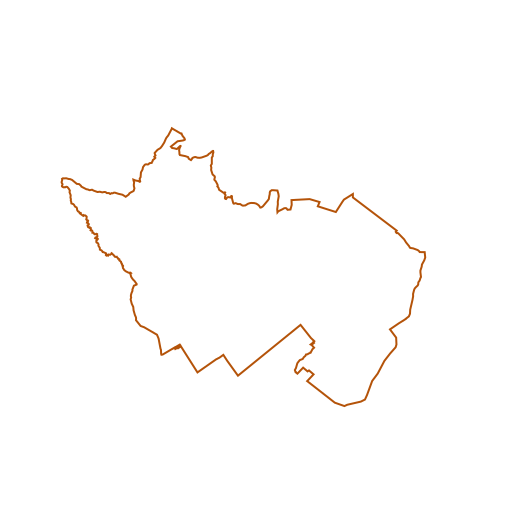 Boldesti-Scaeni, Prahova, Romania (Mercator projection), rotated 232°
{"feature_id": "2599482B90080505354120", "entity_name": "Boldesti-Scaeni", "entity_type": "district", "adm_level": 2, "iso_a3": "ROU", "parent_name": "Romania", "parent_adm1": "Prahova", "projection": "mercator", "projection_center": [26.073, 45.027], "detail": "fine", "context": "isolated", "style": "outline", "palette": "amber", "viewbox_px": 512, "rotation_deg": 232, "n_neighbors": 0, "source": "geoboundaries", "source_scale": "gbopen_adm2", "svg_char_len": 6142}
<svg xmlns="http://www.w3.org/2000/svg" viewBox="0 0 512 512"><g transform="rotate(232 256 256)"><path d="M391.5,271.6L392.7,272.1L396.1,272.1L398.4,272.7L398.6,272.2L408.4,268.3L408.1,267.9L405.0,261.0L404.4,258.4L403.8,257.0L401.9,253.5L400.5,249.6L399.9,247.1L400.3,243.8L399.6,239.6L399.2,239.3L397.1,238.7L396.9,237.0L396.4,236.9L395.3,237.0L395.1,235.8L395.1,233.8L394.2,232.5L393.9,231.4L393.6,231.1L394.7,229.2L394.5,227.8L394.7,227.1L395.8,226.0L396.3,225.1L396.3,224.2L395.6,221.7L394.0,219.8L392.7,216.8L389.2,213.6L388.6,212.1L388.4,211.8L386.0,210.6L386.0,210.1L387.6,209.4L389.6,207.6L391.7,206.4L391.0,206.0L389.1,205.3L387.2,203.4L385.9,202.6L384.2,201.9L382.7,199.8L382.7,198.9L383.2,196.4L383.3,194.7L382.8,193.6L382.9,189.8L386.5,188.5L389.7,185.9L392.8,183.8L393.4,183.0L393.6,181.9L393.8,181.4L394.5,180.8L394.6,179.4L395.0,179.1L396.1,178.9L397.4,177.2L398.4,177.0L399.3,176.5L399.9,175.8L400.8,174.0L402.8,172.5L404.0,170.5L407.5,168.3L409.2,167.6L409.9,166.1L410.4,165.3L411.9,164.5L413.1,163.4L418.2,161.1L419.1,161.3L421.5,160.9L423.2,159.2L429.2,157.9L431.1,156.8L432.0,155.8L434.1,154.3L435.2,152.7L436.1,151.7L436.2,150.6L435.3,150.2L433.9,148.3L433.4,148.0L431.9,147.8L431.4,147.5L430.8,146.3L430.4,146.0L429.6,146.1L428.6,146.6L428.3,147.3L427.7,147.7L427.4,149.1L426.5,149.8L424.2,149.9L422.2,149.6L421.0,148.3L418.0,147.4L416.2,145.7L414.8,145.2L413.8,144.2L412.6,143.8L411.1,142.9L409.3,144.0L408.3,144.1L406.4,143.8L404.7,144.5L403.7,144.2L402.4,143.4L400.8,143.2L400.0,143.7L398.1,143.4L398.0,143.6L398.2,144.1L397.9,144.4L396.7,143.8L393.9,144.6L393.9,145.0L394.2,145.1L394.3,145.4L393.7,145.6L393.0,146.5L391.3,146.8L390.1,145.8L389.4,144.8L388.6,144.8L387.6,145.4L387.1,145.4L386.9,145.1L386.7,143.6L386.4,143.3L385.8,144.0L385.1,143.7L384.0,143.9L383.6,143.3L383.8,142.1L382.4,141.5L381.8,141.6L381.2,142.6L380.5,142.2L379.7,143.0L378.2,141.9L378.1,141.5L377.7,141.6L377.5,142.3L376.8,142.5L375.9,142.2L375.1,141.4L374.2,142.2L372.9,142.1L372.4,142.3L372.1,142.7L371.8,143.9L371.1,144.3L370.8,144.0L369.2,143.2L369.0,142.0L369.4,140.9L369.1,140.2L368.5,140.4L367.3,141.9L366.8,141.9L366.6,141.4L366.3,139.5L365.1,138.7L364.6,138.7L364.2,139.1L363.6,139.3L362.1,139.1L361.2,138.2L360.3,138.0L358.8,138.0L357.1,136.9L355.6,137.7L354.3,137.8L353.5,137.6L353.1,138.1L350.4,139.5L350.1,139.4L349.6,138.7L349.0,138.7L348.9,138.3L348.4,138.4L348.4,138.6L348.6,138.8L348.6,139.3L347.4,139.6L347.9,140.8L346.8,141.8L346.7,143.2L347.1,143.9L346.3,144.2L345.4,144.1L344.3,144.4L342.4,144.3L342.0,144.8L341.5,145.0L341.1,145.8L340.6,145.6L339.4,145.9L338.8,145.6L338.3,146.0L337.5,146.3L337.1,146.1L336.8,145.6L336.6,145.6L334.6,146.1L333.6,145.5L332.7,145.7L331.9,145.1L331.4,145.2L330.7,144.8L330.2,145.2L329.9,145.1L329.6,144.4L328.3,143.7L327.1,143.7L326.5,143.5L324.3,143.9L321.5,145.2L321.1,145.5L320.2,146.8L319.6,146.9L319.9,145.9L319.1,146.0L316.7,144.9L315.8,144.7L313.1,144.6L311.1,144.9L307.3,144.7L307.0,144.3L307.8,141.5L305.6,137.9L304.6,137.2L303.4,135.0L302.2,133.4L301.3,132.6L300.2,132.1L299.0,130.5L294.9,128.7L291.4,127.9L288.6,126.1L284.2,124.3L281.5,123.6L280.4,122.9L279.3,121.9L271.9,122.0L268.7,124.0L254.9,129.5L250.9,128.4L241.8,123.7L240.5,123.3L237.3,121.0L236.4,120.7L235.8,121.8L234.1,134.8L234.0,134.7L233.1,141.4L232.7,141.4L233.4,135.3L232.4,135.1L232.0,137.8L231.3,137.8L231.0,141.2L200.3,138.2L199.1,161.2L198.8,162.3L198.7,163.3L198.4,164.5L198.2,169.4L191.2,168.8L172.8,168.1L174.3,248.7L157.5,248.8L153.0,249.5L152.9,248.2L151.8,248.2L151.8,247.0L152.6,247.0L152.6,244.6L151.4,245.1L148.0,245.3L147.8,243.1L146.4,240.0L146.5,239.6L146.2,239.4L146.8,237.2L146.8,236.1L147.6,234.8L146.9,233.4L146.8,231.3L146.1,229.4L147.0,226.4L146.2,223.0L145.8,222.2L143.1,218.5L142.2,216.4L141.2,216.0L140.0,216.0L139.9,215.7L137.8,216.2L139.0,224.4L133.3,225.6L133.2,227.3L127.3,228.5L125.9,219.3L91.9,227.8L83.3,233.3L82.6,236.3L76.7,249.0L75.8,253.5L78.1,257.9L86.0,270.6L88.4,279.5L94.3,292.6L96.6,301.7L98.1,309.8L99.8,312.2L105.4,316.2L115.7,316.4L115.0,327.3L114.2,334.8L114.3,334.8L114.3,339.3L115.7,341.8L118.8,344.5L125.0,352.2L127.5,355.0L129.4,356.4L132.0,359.8L132.7,361.1L133.0,362.9L133.2,365.2L133.7,366.3L135.0,367.4L135.4,368.0L135.9,369.8L137.3,371.8L137.9,373.1L141.9,375.5L143.3,376.6L145.6,380.0L147.1,381.5L149.0,385.9L150.6,388.4L155.2,391.3L158.3,387.4L159.4,387.5L161.1,387.1L165.3,384.5L167.1,382.8L167.8,382.4L169.5,382.7L174.3,382.6L177.9,383.0L185.9,382.1L186.9,381.8L187.4,381.0L188.0,380.9L189.0,381.0L189.3,382.5L242.5,368.4L245.2,370.5L246.3,360.0L245.5,357.4L241.5,346.0L257.1,335.3L259.4,339.3L267.8,333.3L278.2,318.4L274.3,315.6L271.4,311.8L273.0,309.3L274.9,309.3L275.7,308.6L276.1,307.9L276.4,307.1L276.5,305.9L277.5,301.1L277.2,299.8L279.8,301.5L283.3,305.1L285.4,306.6L289.1,310.7L291.2,311.9L294.4,313.2L297.5,309.8L298.2,308.9L298.2,306.9L297.6,306.0L296.2,304.8L295.1,303.4L293.0,301.2L292.5,299.5L290.9,292.0L291.0,290.2L291.5,289.2L293.7,289.4L295.3,289.1L297.2,288.4L298.8,287.2L300.6,285.1L301.4,283.8L302.1,281.8L302.4,278.8L303.7,276.7L304.5,276.2L306.7,275.5L308.2,273.6L310.0,272.6L310.4,272.1L310.8,270.8L311.2,270.6L311.9,270.7L316.1,272.5L316.7,272.8L317.5,273.6L318.2,273.8L318.5,273.5L318.2,272.8L317.6,272.1L319.2,270.7L319.8,269.7L319.8,269.1L319.3,267.5L319.6,267.2L320.2,267.0L320.7,267.1L321.7,268.0L322.7,269.5L324.4,269.5L324.6,269.8L324.8,270.5L325.0,270.8L325.3,270.7L325.5,269.6L325.9,269.3L330.9,267.7L333.0,268.5L334.6,268.4L334.8,269.0L335.9,269.6L339.7,270.3L341.4,270.1L342.0,270.3L343.5,272.2L344.3,272.5L347.0,272.0L351.4,273.6L353.1,275.2L355.1,276.1L355.8,277.9L360.8,281.8L361.3,283.4L362.6,284.4L363.9,286.2L365.2,286.9L365.3,286.8L365.5,285.4L365.3,283.4L365.5,281.5L365.2,280.3L365.4,278.9L367.1,273.8L368.0,272.1L369.5,270.4L371.2,269.3L371.9,268.2L372.4,266.3L371.8,264.9L371.6,263.8L374.1,262.9L375.7,263.4L378.2,261.8L382.4,258.2L383.4,258.4L385.2,259.7L386.5,260.4L387.3,261.2L388.2,262.5L389.0,264.2L389.2,264.3L389.3,264.2L389.4,263.7L389.0,259.8L389.1,259.4L391.4,257.7L392.7,256.4L394.6,256.3L394.7,264.8L392.2,269.2L391.7,270.3L391.5,271.6Z" fill="none" stroke="#b45309" stroke-width="2"/></g></svg>